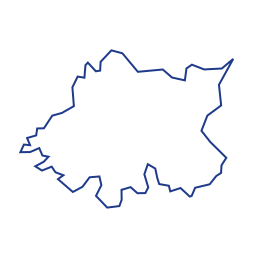 Shurchi, Surkhandarya, Uzbekistan, rotated 267°
{"feature_id": "79887680B75578252058464", "entity_name": "Shurchi", "entity_type": "district", "adm_level": 2, "iso_a3": "UZB", "parent_name": "Uzbekistan", "parent_adm1": "Surkhandarya", "projection": "robinson", "projection_center": [67.865, 37.956], "detail": "fine", "context": "isolated", "style": "outline", "palette": "blue", "viewbox_px": 256, "rotation_deg": 267, "n_neighbors": 0, "source": "geoboundaries", "source_scale": "gbopen_adm2", "svg_char_len": 1007}
<svg xmlns="http://www.w3.org/2000/svg" viewBox="0 0 256 256"><g transform="rotate(267 128 128)"><path d="M123.3,26.7L116.0,29.3L116.9,23.2L109.5,19.3L109.1,29.0L112.6,38.3L105.0,41.1L103.5,47.1L98.7,42.1L94.6,33.4L90.0,39.9L93.4,49.8L87.6,53.2L84.2,61.0L80.6,55.4L67.0,69.6L71.7,79.5L80.8,87.1L81.1,96.9L72.3,98.4L61.9,92.5L49.6,103.1L50.5,115.3L56.6,117.9L66.6,118.3L68.8,127.5L62.4,134.0L62.1,141.9L67.6,145.1L80.9,141.9L90.8,145.9L86.1,153.1L76.7,154.6L70.4,156.2L68.2,165.8L62.5,166.9L65.3,177.3L56.3,186.1L56.8,188.0L64.8,191.9L67.5,206.6L75.4,213.6L78.3,218.6L85.8,219.4L93.1,224.6L109.9,209.3L121.4,201.2L136.2,207.9L145.7,222.2L166.4,221.1L191.5,236.7L182.5,224.8L182.5,207.1L187.9,195.1L184.4,189.5L172.6,187.3L176.1,174.6L184.6,165.8L183.6,140.8L202.9,126.3L206.4,115.5L195.5,104.1L186.8,103.2L186.3,98.9L195.4,91.3L192.9,88.8L180.5,87.1L182.0,80.4L171.5,74.6L152.7,75.1L146.5,62.8L144.3,53.0L132.1,44.0L132.3,37.3L125.4,35.9L123.3,26.7Z" fill="none" stroke="#1e3a8a" stroke-width="2"/></g></svg>